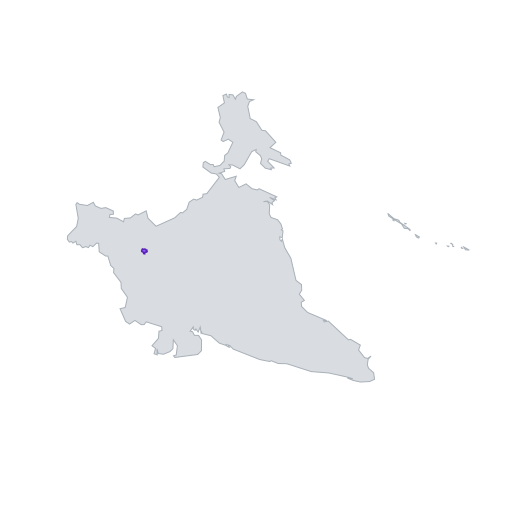 location of Delhi within India, rotated 300°
{"feature_id": "IND-2428", "entity_name": "Delhi", "entity_type": "Union Territory", "adm_level": 1, "iso_a3": "IND", "parent_name": "India", "parent_adm1": "", "projection": "equal_earth", "projection_center": [77.088, 28.657], "detail": "fine", "context": "in_parent", "style": "filled", "palette": "violet", "viewbox_px": 512, "rotation_deg": 300, "n_neighbors": 0, "source": "natural_earth", "source_scale": "10m", "svg_char_len": 4559}
<svg xmlns="http://www.w3.org/2000/svg" viewBox="0 0 512 512"><g transform="rotate(300 256 256)"><path d="M120.4,216.6L125.7,215.2L126.3,210.8L135.9,212.7L142.4,209.6L144.4,211.8L147.6,209.7L144.1,193.9L140.6,193.4L139.1,190.8L139.7,183.4L133.8,180.5L134.2,175.7L142.4,164.6L146.0,168.5L156.0,165.3L160.5,155.6L165.7,152.2L170.3,141.1L174.2,139.1L175.1,135.0L181.9,127.7L180.8,125.8L181.2,118.2L188.3,113.4L187.5,111.5L182.5,110.0L182.3,106.8L179.5,106.7L179.1,104.0L176.4,101.6L177.8,97.8L176.2,95.3L178.7,92.6L175.6,91.0L176.3,89.1L174.7,87.4L176.2,84.2L179.3,82.8L191.9,85.9L199.8,83.2L210.6,74.2L212.8,74.4L212.5,77.1L215.4,84.7L221.2,88.3L219.0,91.8L219.7,97.9L222.8,101.8L223.6,109.9L220.9,111.6L218.9,108.8L216.1,109.7L219.2,116.5L219.4,124.2L222.7,123.2L226.2,128.2L232.2,130.6L232.6,133.3L240.2,138.3L234.7,143.6L231.8,154.6L248.4,166.5L256.0,168.9L256.6,170.8L261.8,172.7L269.2,171.2L274.1,173.6L274.8,176.7L280.1,180.4L283.1,179.2L285.3,182.2L305.8,184.9L307.2,180.7L305.4,175.6L306.5,165.5L310.5,163.7L312.6,164.8L312.4,170.8L313.8,173.3L312.4,175.1L316.4,179.5L322.2,181.0L327.5,178.6L331.2,180.1L342.9,179.1L343.4,173.7L338.7,170.3L338.9,167.8L347.3,166.4L353.4,157.1L358.0,155.9L365.6,148.7L372.8,152.1L378.4,147.1L381.5,149.5L379.5,151.5L379.8,153.5L382.4,151.9L384.0,155.4L381.5,159.8L384.4,159.2L391.3,162.2L391.6,165.6L387.6,170.0L390.1,175.8L386.5,173.1L381.5,174.0L372.1,182.3L372.5,189.2L367.8,198.2L369.2,201.6L364.4,216.3L356.8,214.0L357.7,225.7L355.8,227.0L356.1,237.1L354.0,240.2L352.1,238.4L350.8,240.3L346.9,218.8L343.9,218.7L341.3,227.7L339.5,224.9L338.4,226.1L336.7,220.1L338.4,213.6L343.1,212.3L345.1,209.6L346.1,203.7L348.3,202.9L344.2,200.1L329.2,200.2L323.5,198.5L323.1,190.4L321.5,187.0L320.5,189.6L318.8,189.6L315.4,184.6L313.6,186.6L309.3,182.7L310.0,185.1L306.9,191.1L315.2,199.0L310.6,199.9L306.8,206.9L313.5,211.3L312.3,218.9L313.9,224.2L315.8,225.0L317.6,244.5L315.7,243.3L314.7,245.3L313.5,238.5L313.2,244.4L310.3,243.1L308.8,244.7L309.3,238.3L306.8,235.3L309.0,238.5L307.1,242.3L299.1,246.4L296.9,249.8L298.2,256.6L296.2,261.5L292.7,265.4L291.4,264.9L291.2,266.9L285.1,269.5L284.4,267.0L282.0,268.6L281.4,270.7L283.9,270.3L277.6,276.7L271.4,287.4L254.9,302.8L254.0,309.7L249.2,312.7L244.6,312.6L241.7,320.1L238.5,318.3L235.1,320.7L232.9,329.0L235.4,349.6L233.9,346.6L233.0,348.0L235.8,351.2L229.6,378.0L231.1,379.5L231.0,390.9L225.9,391.8L222.3,400.8L223.1,403.9L226.9,405.7L222.7,404.7L217.3,406.9L215.0,409.7L213.7,416.3L208.5,420.3L204.1,417.2L199.1,409.5L196.8,402.3L196.0,396.1L198.1,401.2L197.0,396.2L191.0,377.3L183.5,361.6L178.1,336.5L174.0,329.0L172.9,321.4L171.5,320.7L168.2,311.0L164.0,282.9L165.3,278.1L165.0,276.4L163.7,278.6L163.4,277.3L163.5,274.5L165.1,274.8L163.3,273.7L162.2,267.7L164.4,256.9L161.9,248.0L163.0,246.8L161.9,246.9L166.6,243.2L161.2,243.9L162.8,240.4L161.1,240.4L161.4,238.0L163.8,237.1L157.9,236.6L158.7,238.9L156.5,242.3L158.5,246.0L156.1,250.8L146.7,256.1L141.6,254.8L127.5,236.4L128.3,234.5L130.4,236.4L139.0,232.8L142.1,226.3L134.2,230.4L130.2,229.3L124.7,225.0L122.7,220.2L126.1,216.6L121.0,219.9L120.4,216.6ZM356.1,375.0L354.1,370.6L356.5,366.0L356.9,351.3L358.8,348.8L357.3,356.7L358.4,361.9L357.2,363.3L356.1,375.0ZM367.7,431.4L367.8,437.8L366.1,434.3L367.7,431.4ZM354.2,387.9L352.9,388.0L352.7,385.3L354.2,383.4L354.2,387.9ZM363.2,421.1L363.1,423.0L362.8,421.3L363.2,421.1ZM364.7,418.6L364.2,421.1L364.3,418.4L364.7,418.6ZM366.4,429.1L365.9,431.1L365.5,430.3L366.4,429.1ZM357.5,406.0L356.5,406.1L357.0,405.0L357.5,406.0ZM355.8,376.0L354.9,377.0L355.3,375.4L355.8,376.0ZM358.8,368.5L359.3,370.3L358.2,368.9L358.8,368.5ZM360.9,418.1L360.1,417.8L360.4,416.8L360.9,418.1ZM355.8,356.6L355.4,358.5L355.6,356.4L355.8,356.6Z" fill="#d9dde1" stroke="#a8b0b8" stroke-width="1"/><path d="M205.3,154.1L205.5,154.5L205.4,154.7L205.5,154.9L205.5,155.2L206.3,156.0L206.4,156.3L206.4,156.5L206.5,156.9L206.6,157.0L206.5,157.3L206.3,157.5L206.2,157.7L206.2,157.8L206.3,157.9L206.5,158.5L205.9,158.6L205.7,158.7L205.5,158.9L205.5,159.0L205.7,159.3L205.5,159.5L205.2,159.5L204.9,159.4L204.7,159.2L204.4,159.0L204.3,158.9L204.2,158.5L204.2,158.4L203.5,158.0L203.4,158.0L203.2,158.3L202.6,158.4L202.3,158.5L202.3,158.3L202.2,158.2L202.0,157.9L201.9,157.8L201.9,157.7L202.1,157.4L202.2,157.2L202.3,157.1L202.5,157.0L202.7,156.9L202.7,156.7L202.9,156.4L203.0,156.3L202.9,156.1L202.9,155.9L202.9,155.7L202.8,155.1L202.9,154.9L202.9,154.7L203.0,154.6L203.3,154.4L203.5,154.3L203.8,154.3L204.0,154.2L204.6,154.1L204.8,154.2L205.3,154.1Z" fill="#8b5cf6" stroke="#5b21b6" stroke-width="1.5"/></g></svg>